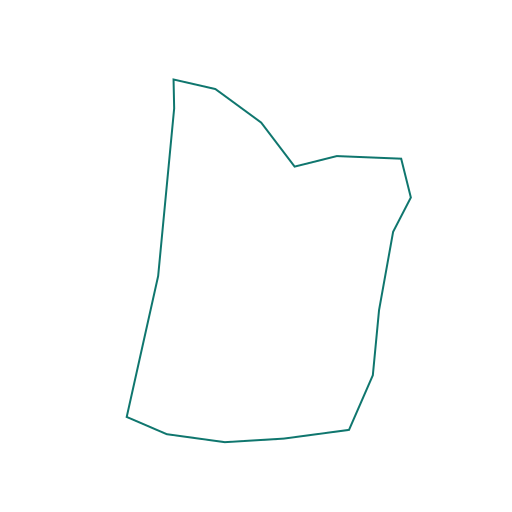 the border of North East, rotated 256°
{"feature_id": "SGP-4874", "entity_name": "North East", "entity_type": "state/province", "adm_level": 1, "iso_a3": "SGP", "parent_name": "Singapore", "parent_adm1": "", "projection": "mercator", "projection_center": [103.929, 1.383], "detail": "fine", "context": "isolated", "style": "outline", "palette": "teal", "viewbox_px": 512, "rotation_deg": 256, "n_neighbors": 0, "source": "natural_earth", "source_scale": "10m", "svg_char_len": 377}
<svg xmlns="http://www.w3.org/2000/svg" viewBox="0 0 512 512"><g transform="rotate(256 256 256)"><path d="M131.1,91.6L260.2,156.2L419.0,212.3L447.2,218.7L427.8,257.0L384.2,293.3L333.4,315.1L333.4,358.6L315.3,420.4L275.3,420.4L246.3,394.9L173.7,362.3L112.0,340.5L64.8,304.2L72.1,238.8L82.9,180.7L104.7,126.3L131.1,91.6Z" fill="none" stroke="#0f766e" stroke-width="2"/></g></svg>